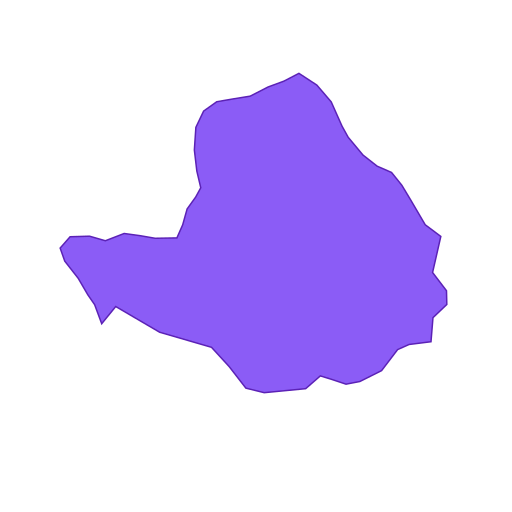 outline of Genagra, Cyprus, rotated 156°
{"feature_id": "46923920B92957944756443", "entity_name": "Genagra", "entity_type": "district", "adm_level": 2, "iso_a3": "CYP", "parent_name": "Cyprus", "parent_adm1": "", "projection": "albers", "projection_center": [33.696, 35.21], "detail": "fine", "context": "isolated", "style": "filled", "palette": "violet", "viewbox_px": 512, "rotation_deg": 156, "n_neighbors": 0, "source": "geoboundaries", "source_scale": "gbopen_adm2", "svg_char_len": 860}
<svg xmlns="http://www.w3.org/2000/svg" viewBox="0 0 512 512"><g transform="rotate(156 256 256)"><path d="M264.6,114.6L246.0,120.3L237.5,112.9L225.9,102.3L212.2,99.1L187.9,100.2L164.7,112.9L152.1,112.9L131.0,106.5L119.4,127.7L101.4,134.1L96.1,146.8L101.4,169.1L79.2,198.7L88.7,215.7L91.9,244.3L94.0,261.3L98.2,277.2L108.8,288.8L117.2,304.7L123.5,327.0L124.6,339.7L124.6,366.2L130.9,387.4L142.5,405.4L159.4,404.4L176.3,405.5L196.3,404.4L212.2,408.6L229.1,412.9L244.9,409.7L258.6,398.0L269.2,377.9L275.5,357.7L278.7,340.8L287.1,334.4L299.8,327.0L310.3,314.3L320.9,304.7L340.9,313.2L353.6,321.7L367.3,330.2L387.4,331.2L400.0,341.8L418.0,349.2L431.7,342.9L432.8,329.1L427.5,307.9L425.4,288.8L423.2,277.2L424.5,256.9L404.7,266.9L375.0,225.5L333.8,190.7L325.5,165.9L319.0,139.4L304.1,127.8L264.6,114.6Z" fill="#8b5cf6" stroke="#5b21b6" stroke-width="1.5"/></g></svg>